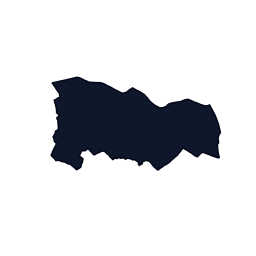 the district of Singida, Singida, United Republic of Tanzania, rotated 315°
{"feature_id": "72390352B6504298719524", "entity_name": "Singida", "entity_type": "district", "adm_level": 2, "iso_a3": "TZA", "parent_name": "United Republic of Tanzania", "parent_adm1": "Singida", "projection": "equal_earth", "projection_center": [34.874, -4.722], "detail": "fine", "context": "isolated", "style": "filled", "palette": "ink", "viewbox_px": 256, "rotation_deg": 315, "n_neighbors": 0, "source": "geoboundaries", "source_scale": "gbopen_adm2", "svg_char_len": 5585}
<svg xmlns="http://www.w3.org/2000/svg" viewBox="0 0 256 256"><g transform="rotate(315 128 128)"><path d="M202.0,169.6L201.7,169.2L200.4,168.7L199.3,167.9L198.4,167.4L197.5,165.6L196.7,164.3L195.9,162.7L195.2,160.8L194.4,159.0L193.5,157.2L192.8,155.5L192.0,153.1L190.6,150.0L187.7,148.1L186.5,147.6L184.3,146.8L182.5,145.6L181.5,144.7L180.4,144.0L177.7,142.0L175.8,140.9L174.3,140.0L172.9,139.7L171.3,139.7L170.0,139.8L168.7,139.0L167.5,138.6L166.1,137.7L165.3,136.9L164.6,135.8L164.2,134.8L163.9,133.7L163.5,132.5L162.8,130.0L162.8,129.1L162.6,127.9L162.5,126.6L162.5,124.2L162.6,122.6L162.9,121.0L163.1,116.7L163.1,115.4L162.4,112.9L161.9,110.4L160.8,107.5L160.3,105.5L159.9,104.2L159.7,103.5L159.5,102.8L157.8,102.5L156.1,102.0L154.8,102.1L154.2,101.9L152.0,101.5L150.0,100.5L148.6,99.4L148.0,98.1L147.4,96.2L146.5,93.5L145.9,91.8L144.5,86.6L143.5,84.0L142.6,80.8L141.8,78.9L141.4,77.9L141.0,77.6L140.4,76.2L138.4,74.3L136.6,72.3L134.2,69.7L132.9,68.0L132.3,66.9L132.0,65.8L131.0,63.4L130.9,63.0L130.7,62.6L130.2,60.8L129.6,59.2L129.1,58.2L128.9,57.6L128.4,56.9L127.7,56.1L127.2,55.7L117.6,49.8L113.9,47.3L112.5,46.5L110.8,45.5L109.0,44.3L108.8,44.1L106.5,42.7L106.2,42.7L106.1,43.7L105.7,45.6L105.5,47.1L104.9,49.4L104.5,51.3L104.2,53.2L104.1,54.7L102.7,56.7L101.7,57.9L101.5,58.2L101.4,58.2L100.7,57.8L99.8,57.3L99.2,57.2L98.5,57.0L97.6,56.9L96.6,56.6L95.9,56.3L95.5,56.2L95.0,57.2L94.2,58.3L93.6,59.7L92.7,61.1L91.7,62.7L89.8,65.2L89.1,65.9L88.4,66.6L88.3,67.4L88.4,68.2L88.4,69.3L88.3,70.7L88.0,71.0L87.9,70.6L87.9,70.4L87.5,70.6L87.3,70.5L86.7,70.5L86.3,70.7L85.6,70.5L85.1,70.4L84.8,70.7L84.4,71.1L84.2,71.8L84.0,72.7L83.4,73.5L82.9,74.1L82.0,74.9L81.6,75.4L81.0,76.4L78.6,78.8L77.7,79.6L76.7,79.9L76.2,79.5L75.4,79.2L74.6,78.9L73.9,79.3L73.5,79.6L73.2,79.9L73.0,80.4L72.7,80.5L72.3,80.4L71.7,80.5L71.0,80.9L70.3,80.9L69.5,81.1L69.0,81.2L68.7,81.6L68.4,82.2L68.2,83.1L67.8,83.7L67.2,84.3L66.6,85.1L66.5,86.1L66.4,88.6L64.6,89.2L63.6,89.6L62.1,89.9L60.2,90.6L59.2,91.0L57.3,91.7L56.9,92.0L56.0,92.4L55.9,92.4L55.1,92.6L54.4,93.1L54.3,93.5L54.3,93.9L54.2,94.1L54.3,94.4L54.3,94.6L54.3,95.5L54.3,95.9L54.4,96.1L54.3,96.4L54.4,96.8L54.3,97.1L54.3,97.6L54.2,98.6L54.2,99.1L54.0,100.2L54.5,100.4L55.2,100.8L55.5,101.3L55.8,101.7L56.1,102.1L56.6,102.7L57.1,103.4L57.0,103.7L57.0,104.0L57.3,104.3L57.3,104.5L57.6,104.7L57.7,105.0L57.8,105.4L57.9,105.5L58.1,105.7L58.3,105.7L58.4,105.8L58.4,106.1L58.6,106.2L58.7,106.3L58.7,106.6L58.8,107.0L59.1,107.0L59.3,107.2L59.5,107.0L59.5,106.9L59.6,107.0L59.6,107.5L59.8,108.6L59.6,109.3L60.1,110.4L60.6,111.5L61.0,111.9L61.4,112.7L61.6,112.8L61.7,113.1L61.8,114.1L61.6,114.7L61.6,114.8L61.8,115.5L61.9,116.8L62.0,118.0L62.2,119.0L62.1,120.0L62.1,120.8L62.3,121.2L63.8,121.6L64.8,121.9L66.1,122.1L66.3,122.2L66.7,122.2L67.4,122.0L67.6,121.9L67.8,121.8L68.6,121.1L69.2,120.8L69.5,120.6L70.1,120.6L70.8,120.2L71.5,119.9L72.7,119.1L73.8,118.3L74.3,118.1L74.2,117.1L74.0,115.2L74.0,113.2L75.0,112.8L75.8,112.6L76.7,112.2L77.7,111.9L78.5,111.7L79.0,111.6L79.4,111.5L80.9,113.0L81.4,113.6L82.1,113.9L82.7,114.0L83.0,114.0L83.7,114.0L84.9,113.9L85.2,113.8L85.2,114.0L85.3,114.1L85.3,115.1L85.1,116.1L85.1,117.5L85.0,120.2L84.9,121.6L85.0,123.0L86.0,123.4L86.5,123.6L87.9,123.9L88.3,124.1L89.2,124.4L89.6,124.7L90.0,124.8L90.6,124.9L91.4,125.3L92.3,125.5L92.5,125.6L92.8,125.6L93.7,126.2L93.9,126.6L94.5,127.3L95.0,128.5L95.0,128.8L94.9,130.9L95.0,132.2L95.4,132.9L95.1,134.3L94.9,135.4L94.8,136.1L94.9,136.7L95.0,137.4L95.0,138.3L94.8,139.4L95.4,139.8L97.0,139.9L97.8,140.4L98.3,141.1L98.8,141.9L99.5,141.2L100.2,141.8L100.7,142.9L101.1,143.7L101.7,144.5L102.3,144.9L103.0,145.2L103.5,145.3L103.9,146.8L104.1,148.2L104.7,148.4L105.5,148.6L106.1,149.0L106.4,149.4L107.1,150.1L107.5,150.6L107.9,151.3L108.2,152.0L108.3,152.7L108.5,153.0L109.1,154.2L109.4,154.3L109.5,154.5L110.0,154.7L110.4,155.4L110.8,157.5L111.3,158.5L110.6,160.2L109.6,161.4L109.7,162.5L110.3,162.5L111.6,163.0L112.9,163.3L113.4,163.0L113.7,162.4L114.1,162.3L114.4,162.2L114.7,162.2L115.8,162.8L116.3,163.0L116.9,163.0L117.6,163.6L117.9,163.9L119.4,166.0L119.6,167.2L119.5,168.5L119.5,169.4L119.3,170.5L119.1,171.6L119.1,171.8L119.0,173.3L119.0,174.2L119.1,175.3L119.2,176.1L119.2,176.9L119.1,177.7L119.4,178.4L119.5,178.8L119.7,179.0L120.1,179.1L121.2,179.1L121.8,179.1L122.5,179.3L123.2,179.4L124.3,179.8L125.5,179.7L126.2,179.9L127.0,180.0L127.5,180.2L127.9,180.3L128.7,180.5L128.9,180.7L130.3,181.0L130.8,181.0L132.0,181.4L132.8,181.5L135.1,181.5L135.9,181.6L136.2,181.6L136.9,181.5L137.6,181.5L138.3,181.8L139.3,181.8L140.0,181.8L140.9,181.7L141.6,181.9L142.0,181.9L142.8,182.0L143.7,182.2L144.4,182.0L145.4,181.8L146.1,181.8L148.4,181.6L149.4,181.5L149.9,181.3L150.6,181.2L151.2,181.2L152.3,181.0L152.7,181.2L153.0,181.6L153.2,182.5L153.2,182.8L153.4,183.8L153.6,184.3L154.0,185.3L154.0,185.5L154.2,186.0L154.2,186.9L154.5,188.0L154.6,188.6L155.0,190.0L155.2,191.1L155.3,191.9L155.6,194.2L155.6,194.4L155.7,194.9L155.8,195.2L156.0,195.5L156.2,196.2L156.3,196.7L156.5,197.2L157.0,197.4L157.3,197.4L157.5,197.5L158.2,197.5L159.0,197.3L159.7,197.3L162.2,197.6L163.3,197.8L163.3,197.7L164.2,199.0L164.4,199.4L164.9,200.3L165.0,200.8L166.3,203.5L167.7,206.9L168.8,209.2L169.9,211.5L170.3,212.1L170.5,212.5L171.1,213.3L171.7,213.3L172.6,212.0L173.7,209.9L175.5,207.6L176.9,206.0L177.8,204.7L179.0,203.6L179.8,202.7L180.8,202.6L181.6,202.5L182.3,201.6L183.2,200.5L184.2,199.2L184.9,198.6L186.8,197.5L188.2,196.9L189.3,196.7L190.0,196.7L191.5,194.4L194.7,189.1L197.5,183.1L198.4,180.9L200.2,175.5L200.8,173.3L202.0,169.6Z" fill="#0f172a" stroke="#020617" stroke-width="1.5"/></g></svg>